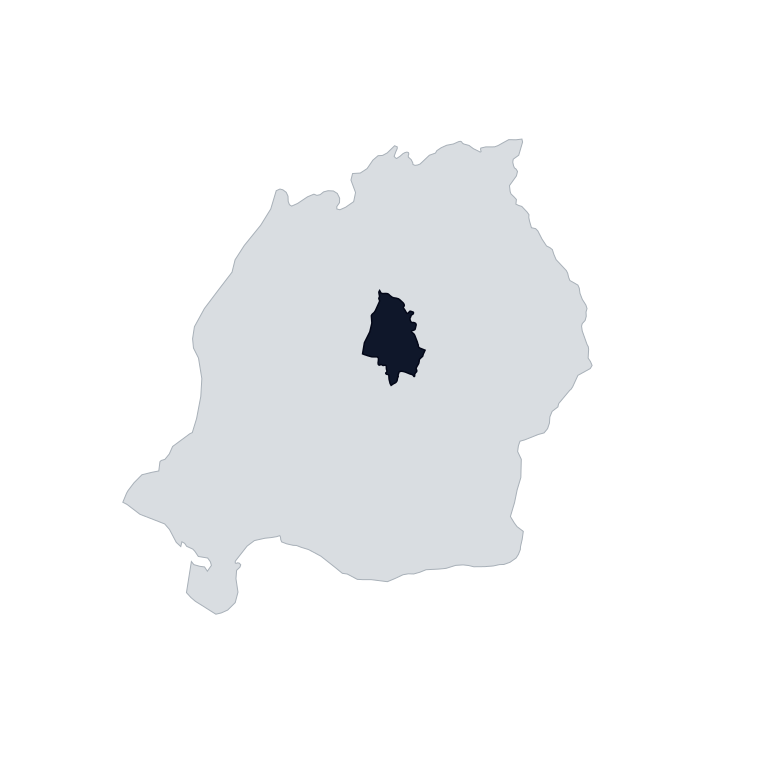 Romania, with Sibiu highlighted, rotated 116°
{"feature_id": "ROU-303", "entity_name": "Sibiu", "entity_type": "County", "adm_level": 1, "iso_a3": "ROU", "parent_name": "Romania", "parent_adm1": "", "projection": "albers", "projection_center": [24.256, 45.858], "detail": "fine", "context": "in_parent", "style": "filled", "palette": "ink", "viewbox_px": 768, "rotation_deg": 116, "n_neighbors": 0, "source": "natural_earth", "source_scale": "10m", "svg_char_len": 5765}
<svg xmlns="http://www.w3.org/2000/svg" viewBox="0 0 768 768"><g transform="rotate(116 384 384)"><path d="M574.8,423.4L581.5,431.8L589.7,436.0L608.4,440.0L610.0,439.3L610.1,438.3L608.8,437.1L608.5,435.5L609.3,433.5L611.8,433.2L616.1,434.8L623.9,431.7L635.1,424.0L645.7,421.9L655.7,425.4L661.1,429.9L664.6,434.2L664.0,440.0L663.6,443.5L662.0,458.3L660.6,463.8L658.1,470.1L628.0,479.3L629.7,475.7L628.6,469.6L627.1,465.1L629.7,460.7L622.7,459.6L619.9,462.1L617.7,466.2L620.4,475.3L617.3,480.6L616.2,483.5L616.4,490.2L614.6,493.3L614.4,496.5L619.2,495.4L617.4,501.3L608.8,513.0L605.9,519.8L608.1,546.2L604.9,562.2L604.8,566.9L594.9,567.5L591.9,567.3L582.4,565.4L571.7,561.8L565.1,553.9L560.9,548.3L552.1,551.3L550.4,550.7L547.8,547.9L541.1,546.3L532.8,546.6L513.8,536.7L511.7,535.0L497.2,537.3L475.5,543.2L459.0,550.1L442.0,562.1L435.2,571.0L427.2,575.9L415.6,579.5L394.9,578.5L373.3,574.3L350.1,569.6L337.6,572.3L320.7,570.3L295.2,564.4L276.3,562.5L257.5,565.6L254.4,563.0L253.8,560.0L254.6,555.9L257.3,552.6L261.8,550.2L264.3,547.6L264.6,545.0L259.6,540.8L249.3,534.8L245.1,531.1L244.1,530.2L243.9,527.0L241.8,524.4L237.8,522.5L234.8,519.0L232.7,514.1L233.2,509.5L236.5,505.3L240.5,503.5L245.4,504.2L247.4,503.0L246.7,500.0L242.0,496.0L233.4,491.2L224.4,493.5L215.2,503.1L208.6,504.5L204.8,497.8L197.8,493.6L187.6,492.1L181.4,489.4L179.2,485.5L174.9,482.4L165.2,478.9L165.1,476.0L166.8,475.3L170.2,475.2L174.9,474.7L175.7,473.0L175.8,471.5L172.2,469.4L168.6,467.9L166.7,466.5L165.5,465.0L165.3,463.5L166.4,462.5L167.9,462.4L169.4,461.6L170.4,458.0L172.5,455.2L174.0,454.2L173.9,452.0L172.5,449.9L170.6,448.1L167.6,446.9L158.5,443.5L153.9,439.0L151.1,438.8L146.6,436.2L141.9,432.3L137.9,426.9L133.5,423.2L132.4,421.8L132.3,420.5L133.2,419.0L133.3,417.4L132.3,412.2L133.3,406.8L133.3,401.6L133.4,399.3L132.6,398.6L131.7,399.3L130.6,400.2L129.5,400.4L126.3,396.5L122.4,388.6L119.7,386.0L114.2,382.2L109.7,379.0L106.7,372.5L103.4,367.4L105.8,365.5L119.3,363.2L125.3,366.4L128.2,365.5L131.0,363.3L132.6,361.5L132.9,359.6L134.4,357.2L138.9,356.2L150.7,358.2L155.7,355.0L157.5,353.2L158.8,349.2L160.1,345.9L164.5,344.3L164.5,341.3L164.0,338.0L166.7,330.8L168.3,327.9L170.8,326.9L173.7,324.7L178.9,320.0L177.9,315.8L179.0,312.8L184.5,305.5L188.7,298.4L188.7,294.7L189.4,291.6L193.0,288.2L196.8,283.8L202.1,269.9L203.9,267.5L207.1,264.9L209.5,262.3L210.1,253.1L212.3,250.5L216.6,247.6L221.0,242.9L224.5,237.2L227.2,234.6L230.7,234.0L234.5,231.9L238.7,231.1L242.8,232.3L245.4,231.8L249.4,229.1L259.5,218.8L261.0,216.7L263.1,215.3L271.2,211.9L273.3,208.3L276.1,205.1L279.7,205.4L291.2,213.5L303.8,213.2L306.1,213.5L306.8,213.6L308.3,214.3L324.9,218.4L327.5,217.9L328.2,217.6L334.9,220.9L340.9,220.5L346.5,218.2L352.4,217.4L357.8,218.7L361.9,223.4L372.6,233.1L375.8,236.7L380.7,236.1L386.1,234.3L391.5,227.6L408.1,220.0L420.9,217.9L433.3,214.7L447.7,212.3L451.7,206.1L453.9,201.9L455.4,194.2L463.1,191.7L470.4,190.0L473.0,188.9L478.3,188.5L482.5,189.0L489.0,192.6L493.7,197.2L495.6,200.9L499.7,206.1L504.0,213.4L508.9,223.2L510.0,228.2L511.9,233.6L515.6,240.1L522.3,247.2L523.2,248.5L526.3,253.6L532.5,264.8L537.4,269.2L541.7,274.0L543.9,278.9L547.1,283.3L554.3,289.1L560.2,294.3L565.5,309.9L569.0,317.0L571.3,322.4L570.9,333.7L572.4,338.5L570.3,347.4L566.4,365.3L565.9,379.4L567.1,387.0L567.5,391.9L568.8,394.9L570.3,401.3L570.8,406.8L569.2,408.5L566.9,410.0L566.0,411.2L568.3,413.6L571.5,418.1L574.8,423.4Z" fill="#d9dde1" stroke="#a8b0b8" stroke-width="1"/><path d="M366.3,416.5L355.5,419.7L343.3,419.6L335.0,421.5L334.2,421.8L328.2,425.3L327.1,425.3L326.2,425.1L324.1,424.2L321.8,423.9L311.9,424.2L311.0,424.5L310.5,425.0L310.0,425.6L309.5,426.1L308.7,426.3L307.7,426.3L306.9,426.6L305.1,428.0L303.9,428.8L303.1,429.0L301.9,428.9L303.6,426.5L303.5,425.7L303.2,424.6L301.8,422.0L301.2,420.2L301.4,418.8L301.9,417.4L302.4,414.8L302.3,413.2L301.9,411.9L301.5,410.6L301.1,408.4L301.3,406.9L302.6,402.6L303.0,401.7L303.4,401.2L303.9,400.6L304.4,400.3L304.7,400.1L305.2,400.1L306.1,400.3L306.7,400.2L307.1,399.9L307.4,399.4L308.2,397.9L310.3,394.8L310.4,394.1L310.0,393.6L309.3,393.3L307.8,392.8L307.2,392.6L306.9,392.0L306.6,389.2L306.9,388.8L307.4,388.6L307.9,388.5L308.5,388.6L309.1,389.0L309.6,389.4L310.1,389.6L310.6,389.7L311.6,389.5L312.0,389.4L312.4,389.5L313.0,389.5L313.7,389.4L314.6,388.9L315.4,388.2L316.3,387.1L316.5,386.1L316.3,385.3L315.8,384.5L315.6,383.6L315.6,382.3L316.1,381.5L316.8,381.0L320.8,380.1L321.5,380.1L322.0,380.4L322.6,380.8L323.6,381.9L324.2,382.3L324.7,382.4L325.1,382.2L325.4,381.7L325.6,380.1L326.0,378.9L326.7,377.8L331.6,372.5L332.9,371.4L333.8,370.4L335.0,369.7L335.6,369.0L335.9,368.3L336.0,367.5L335.6,361.9L340.0,361.8L342.1,361.4L345.4,362.7L346.5,362.9L347.6,362.6L348.6,362.2L350.4,361.8L354.5,362.1L355.7,362.0L356.4,361.7L356.8,361.1L357.3,360.6L358.0,360.2L358.7,360.1L360.3,360.6L361.4,360.7L362.2,360.5L363.4,359.9L363.9,360.0L364.1,360.2L364.0,360.7L363.6,361.3L363.3,362.0L363.2,362.8L363.6,365.1L363.9,369.9L364.3,372.1L364.9,374.0L366.0,375.3L366.8,375.7L367.5,375.7L368.2,375.4L369.6,375.4L370.0,375.2L370.7,374.6L371.1,374.5L372.9,374.4L373.6,374.2L374.1,374.0L374.9,373.8L375.7,373.7L377.0,373.9L377.7,374.2L378.7,374.8L379.3,375.4L382.1,377.0L380.9,378.7L377.4,381.6L374.2,383.4L373.8,383.8L373.7,384.4L374.0,385.5L374.1,386.1L373.9,386.9L373.4,387.2L373.0,387.2L372.6,386.9L372.1,386.8L371.4,386.9L370.4,387.5L369.5,388.4L366.9,389.8L366.5,390.4L366.5,391.0L366.7,391.5L367.5,392.5L367.8,393.1L367.7,394.1L367.7,394.8L367.8,395.3L368.2,395.7L368.6,395.9L369.0,396.3L369.2,396.8L368.9,397.7L368.1,398.3L367.1,398.8L366.0,399.1L363.8,400.0L363.0,400.7L362.7,401.4L362.7,402.3L364.6,406.2L365.0,407.2L365.2,408.3L365.7,411.1L366.0,413.5L366.2,414.8L366.3,416.5Z" fill="#0f172a" stroke="#020617" stroke-width="1.5"/></g></svg>